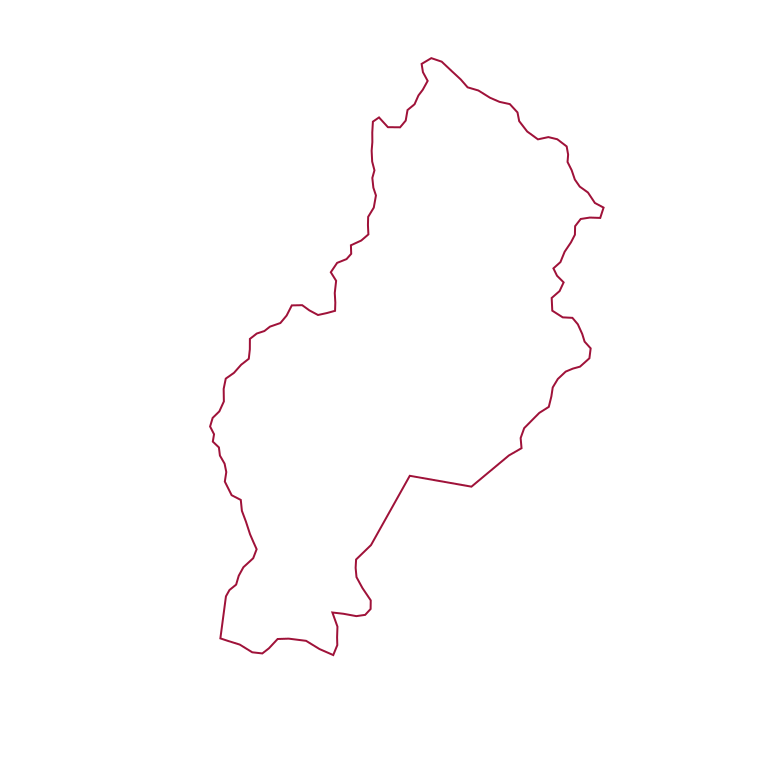 Caturaí, Goiás, Brazil (Natural Earth projection), rotated 124°
{"feature_id": "56859067B16617210056848", "entity_name": "Caturaí", "entity_type": "district", "adm_level": 2, "iso_a3": "BRA", "parent_name": "Brazil", "parent_adm1": "Goiás", "projection": "natural_earth1", "projection_center": [-49.588, -16.454], "detail": "fine", "context": "isolated", "style": "outline", "palette": "rose", "viewbox_px": 768, "rotation_deg": 124, "n_neighbors": 0, "source": "geoboundaries", "source_scale": "gbopen_adm2", "svg_char_len": 2090}
<svg xmlns="http://www.w3.org/2000/svg" viewBox="0 0 768 768"><g transform="rotate(124 384 384)"><path d="M81.6,436.2L85.5,446.0L87.4,456.2L87.9,469.9L91.3,480.6L88.6,490.7L86.7,503.0L84.5,516.4L87.4,527.0L97.6,531.8L103.7,526.1L108.3,517.3L118.4,516.4L125.5,516.8L135.0,515.1L143.7,517.7L153.5,513.3L162.2,514.2L168.9,524.4L165.8,537.2L172.7,539.9L182.0,534.4L190.0,528.9L197.5,524.7L206.2,518.2L212.2,511.4L219.7,508.9L227.2,502.6L232.2,496.1L243.5,491.1L254.3,490.6L261.2,486.2L268.7,480.6L277.8,483.1L287.5,489.0L294.4,484.0L301.4,484.9L309.8,490.6L321.1,490.6L325.2,481.4L336.1,475.7L343.7,469.9L350.7,465.5L357.2,471.1L363.7,477.3L364.7,487.1L364.4,495.9L370.4,504.4L381.7,503.0L391.4,504.0L400.2,510.6L407.0,512.8L413.3,517.7L421.6,520.4L430.3,514.6L438.7,510.2L447.9,513.2L458.6,514.6L468.0,518.2L477.7,514.2L488.0,507.0L498.8,505.2L507.9,507.1L516.5,504.4L520.7,496.8L527.5,493.7L528.9,485.4L535.1,480.0L539.2,471.6L545.2,465.5L553.9,461.4L561.4,448.1L560.2,437.9L568.6,430.9L575.3,421.5L583.5,411.0L588.1,403.8L592.2,397.2L601.6,395.0L614.5,398.1L624.2,397.2L633.0,394.4L641.2,396.9L648.4,396.3L686.4,377.4L684.1,369.2L680.7,357.9L680.1,343.2L675.4,334.2L667.5,331.6L654.9,329.6L648.4,320.6L644.2,312.3L640.5,305.0L639.8,289.2L637.1,274.5L626.6,276.7L620.3,281.2L611.2,286.9L602.3,299.0L597.2,289.2L591.9,277.1L585.9,270.5L578.0,269.3L570.8,274.0L565.2,287.8L559.5,298.8L552.3,304.7L545.1,309.0L524.8,304.7L445.7,311.3L420.2,254.1L373.4,240.5L360.3,234.1L352.4,240.5L342.2,243.1L330.5,240.9L321.1,239.1L310.8,234.6L300.7,238.3L292.5,242.2L282.6,242.7L272.1,240.3L265.6,236.0L260.0,231.2L247.8,228.1L238.9,232.6L236.7,241.4L231.7,247.6L226.1,256.7L223.8,264.8L228.8,273.1L229.1,285.5L218.9,293.1L208.8,290.4L199.3,291.9L197.5,301.1L193.4,308.2L184.3,305.9L173.3,308.2L162.1,308.2L153.5,309.2L146.3,313.8L137.2,313.2L130.9,306.4L125.4,297.6L115.0,300.6L116.0,310.4L111.2,322.0L110.9,332.1L107.8,340.1L101.8,348.0L97.3,356.0L90.9,359.6L84.9,365.4L84.2,377.2L87.4,385.8L95.1,393.2L94.6,406.5L90.5,418.9L84.2,425.2L81.6,436.2Z" fill="none" stroke="#9f1239" stroke-width="2"/></g></svg>